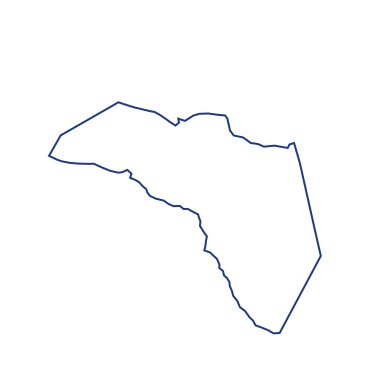 outline of Chaval, Ceará, Brazil, rotated 297°
{"feature_id": "56859067B9006418446479", "entity_name": "Chaval", "entity_type": "district", "adm_level": 2, "iso_a3": "BRA", "parent_name": "Brazil", "parent_adm1": "Ceará", "projection": "equal_earth", "projection_center": [-41.242, -3.075], "detail": "fine", "context": "isolated", "style": "outline", "palette": "blue", "viewbox_px": 384, "rotation_deg": 297, "n_neighbors": 0, "source": "geoboundaries", "source_scale": "gbopen_adm2", "svg_char_len": 1328}
<svg xmlns="http://www.w3.org/2000/svg" viewBox="0 0 384 384"><g transform="rotate(297 192 192)"><path d="M169.6,162.6L171.5,170.6L170.7,176.6L171.0,182.0L174.1,187.5L173.0,192.2L175.0,195.9L174.8,202.7L174.8,207.5L172.3,209.9L169.7,212.8L165.4,214.5L162.1,219.9L159.1,225.5L154.9,226.6L150.1,228.4L145.6,229.5L146.3,235.7L145.1,239.6L143.7,244.7L139.9,249.3L136.7,250.8L135.6,255.6L132.2,258.4L131.2,262.2L128.9,266.1L125.1,268.6L122.4,272.0L118.2,275.9L115.5,281.8L111.2,286.9L110.0,293.4L106.5,300.1L105.2,304.7L102.0,309.2L102.8,315.2L103.4,322.4L103.1,328.9L106.2,334.1L193.5,335.8L214.2,318.5L225.2,309.4L266.5,275.2L282.0,260.7L278.6,257.3L274.7,257.3L270.8,244.5L265.0,235.4L264.8,229.9L263.8,226.0L262.3,222.3L263.8,212.8L261.3,203.5L264.1,197.9L273.6,190.1L275.2,186.8L272.0,178.6L269.3,170.8L265.1,163.2L260.7,158.5L252.2,153.5L251.1,146.5L247.9,148.9L243.8,147.2L244.2,141.6L245.4,134.2L246.1,128.6L246.3,122.4L244.9,117.6L241.2,102.2L239.8,94.1L239.1,89.7L238.6,85.8L204.4,63.4L182.9,49.3L159.3,48.2L159.6,57.7L160.3,62.3L162.4,69.6L165.1,76.4L167.8,82.3L170.9,88.6L172.6,91.7L172.8,96.4L173.1,102.5L173.7,109.2L175.7,117.4L177.9,120.8L182.3,124.3L180.8,129.7L176.5,130.5L177.0,135.6L176.8,140.1L174.7,145.7L173.8,149.8L171.2,152.6L169.5,156.1L169.6,162.6Z" fill="none" stroke="#1e3a8a" stroke-width="2"/></g></svg>